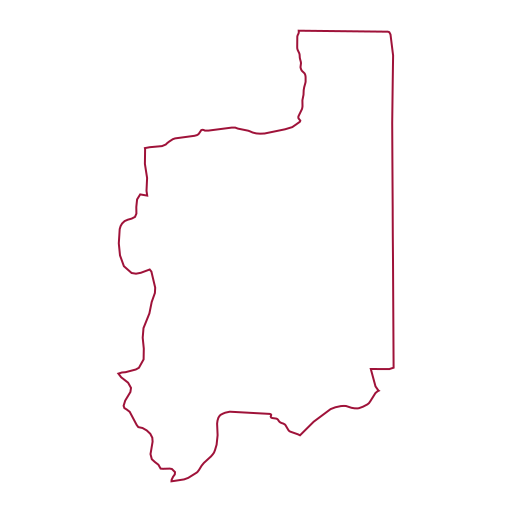 SVG path tracing the border of Plateaux
{"feature_id": "TGO-86", "entity_name": "Plateaux", "entity_type": "Region", "adm_level": 1, "iso_a3": "TGO", "parent_name": "Togo", "parent_adm1": "", "projection": "albers", "projection_center": [0.996, 7.453], "detail": "fine", "context": "isolated", "style": "outline", "palette": "rose", "viewbox_px": 512, "rotation_deg": 0, "n_neighbors": 0, "source": "natural_earth", "source_scale": "10m", "svg_char_len": 2662}
<svg xmlns="http://www.w3.org/2000/svg" viewBox="0 0 512 512"><path d="M147.2,195.6L146.5,190.8L147.1,178.0L144.9,163.9L145.1,149.3L144.9,148.1L149.8,147.2L162.0,146.1L165.8,144.5L167.1,143.2L169.0,141.7L172.8,139.2L175.1,138.4L194.5,135.8L197.0,135.1L198.0,134.5L198.8,133.8L201.3,130.1L202.5,129.8L203.7,130.0L204.9,130.6L208.4,130.6L231.7,127.6L235.2,127.6L237.9,128.6L248.2,130.7L250.1,131.4L252.6,132.5L256.2,133.4L260.1,133.7L264.6,133.5L285.0,129.3L292.3,127.1L299.7,121.9L299.9,121.7L300.1,121.3L300.3,120.6L299.0,119.0L298.4,118.1L298.3,116.9L298.7,115.8L302.0,109.0L302.3,107.7L302.5,106.3L302.4,100.3L303.5,94.8L303.7,90.1L304.2,87.2L305.3,83.2L305.6,81.8L305.6,77.0L305.4,75.5L305.0,74.2L304.4,73.2L302.6,71.5L301.8,70.7L301.2,69.6L300.8,68.5L300.5,67.2L301.0,63.1L300.8,61.8L300.1,59.2L299.8,57.8L299.6,54.7L299.3,53.4L297.7,50.0L297.3,48.7L297.2,47.2L297.3,36.6L297.6,35.4L298.6,33.3L298.8,32.2L298.7,30.7L387.9,31.7L389.3,32.2L390.5,34.5L393.1,55.5L392.7,83.6L392.2,122.7L392.4,161.5L392.7,210.0L392.7,214.4L392.8,235.5L393.0,259.6L393.2,296.2L393.4,331.7L393.6,367.7L389.2,369.1L370.8,369.0L375.5,386.4L378.3,390.4L378.7,390.7L377.5,391.3L375.4,393.1L370.4,401.1L369.0,403.1L367.4,404.4L363.0,406.7L358.9,408.2L357.4,408.4L354.5,408.3L351.5,407.8L346.0,406.0L343.7,405.9L340.8,406.1L335.3,407.3L330.6,409.1L313.7,421.7L300.0,435.3L297.9,434.3L290.2,431.6L289.2,431.0L288.4,430.1L285.5,425.2L285.1,424.7L284.6,424.3L283.1,423.5L281.8,423.1L280.6,422.6L279.6,421.9L278.8,421.0L278.2,420.0L277.4,419.1L276.3,418.6L272.1,418.0L271.1,417.5L270.7,416.6L271.2,414.9L270.7,414.2L269.6,413.9L229.8,411.7L225.2,412.7L222.8,413.7L220.5,414.9L219.4,416.1L218.4,417.7L217.5,420.6L217.1,423.6L217.6,435.2L216.6,444.7L215.0,450.1L214.0,452.6L212.8,454.3L211.1,456.3L203.9,462.9L201.6,465.7L199.1,469.8L197.6,471.8L196.7,472.6L188.2,477.9L184.1,479.4L174.4,480.9L171.5,481.3L171.6,479.8L173.1,476.7L174.8,474.4L175.0,472.1L171.9,469.0L169.7,468.6L162.9,468.8L160.6,468.6L158.4,464.7L155.0,462.1L151.8,459.2L150.5,454.1L152.6,441.7L152.3,437.7L150.3,433.8L146.7,430.4L142.5,428.0L138.3,427.1L136.7,425.0L129.7,411.8L126.7,409.5L124.4,408.1L123.6,405.8L125.2,400.6L130.4,392.0L131.0,387.9L128.1,382.7L121.2,377.3L118.4,373.6L121.9,372.5L125.5,372.2L135.8,369.5L138.9,367.8L143.6,359.4L143.8,348.7L142.7,337.7L143.5,328.1L149.4,313.4L151.7,302.0L154.9,293.0L155.2,287.7L151.4,271.6L149.7,269.5L140.8,272.8L136.0,273.7L131.6,273.0L123.9,266.2L120.0,255.4L118.8,243.4L119.7,229.1L120.6,226.1L122.1,223.5L124.6,221.1L127.8,219.7L131.7,218.6L135.0,216.9L136.4,213.6L136.3,207.0L137.1,199.4L140.2,194.4L147.2,195.6Z" fill="none" stroke="#9f1239" stroke-width="2"/></svg>